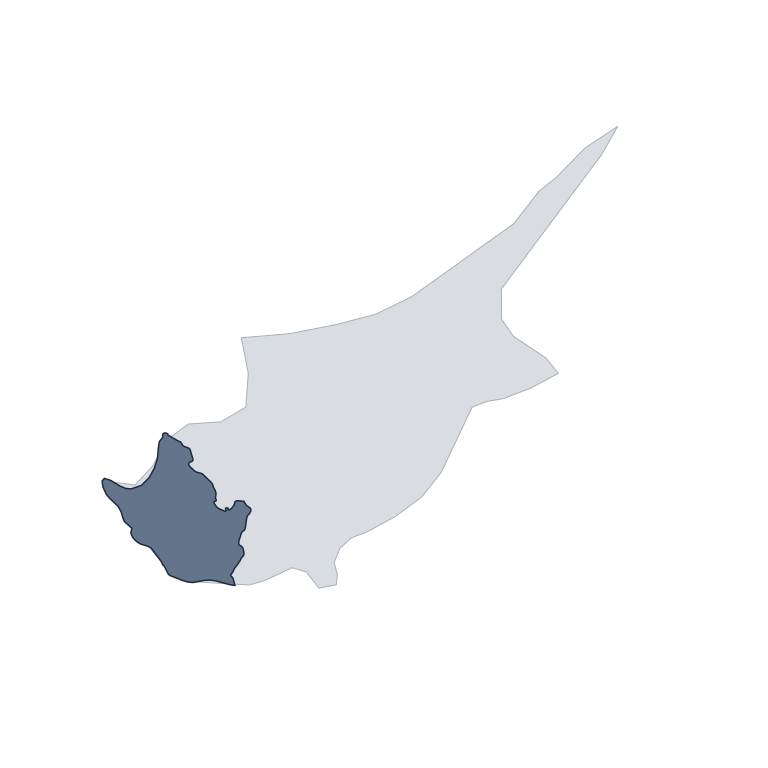 location of Paphos within Cyprus, rotated 343°
{"feature_id": "CYP-3465", "entity_name": "Paphos", "entity_type": "District", "adm_level": 1, "iso_a3": "CYP", "parent_name": "Cyprus", "parent_adm1": "", "projection": "albers", "projection_center": [32.601, 34.919], "detail": "fine", "context": "in_parent", "style": "filled", "palette": "slate", "viewbox_px": 768, "rotation_deg": 343, "n_neighbors": 0, "source": "natural_earth", "source_scale": "10m", "svg_char_len": 2655}
<svg xmlns="http://www.w3.org/2000/svg" viewBox="0 0 768 768"><g transform="rotate(343 384 384)"><path d="M546.5,406.5L553.8,424.8L523.9,430.7L493.9,432.9L477.1,430.7L461.4,432.0L413.1,485.0L387.0,503.1L355.8,514.1L323.9,520.6L307.9,521.5L293.9,528.2L284.0,540.5L283.8,552.3L279.6,562.1L262.1,560.2L254.7,541.0L242.3,532.8L211.3,537.2L196.1,536.7L146.6,518.4L131.6,510.9L122.3,495.2L97.0,438.8L92.8,397.1L116.5,407.8L138.6,394.9L160.0,373.7L185.3,365.1L201.2,368.8L216.9,372.5L245.1,365.7L257.3,334.3L261.1,298.1L308.9,308.3L357.3,313.3L397.0,314.8L436.0,308.6L555.0,268.6L588.5,245.0L609.2,236.8L645.2,217.1L682.9,205.9L659.0,228.4L524.0,327.5L515.4,356.5L521.8,376.4L541.4,400.3L546.5,406.5Z" fill="#d9dde1" stroke="#a8b0b8" stroke-width="1"/><path d="M182.6,533.0L178.5,531.2L164.9,522.7L160.1,520.6L154.6,519.2L143.3,518.0L138.7,516.1L134.3,513.3L123.7,504.9L122.2,503.1L120.6,493.8L119.5,492.3L119.3,489.3L113.2,472.4L110.3,469.8L104.7,466.1L102.3,463.5L100.1,460.3L98.6,456.4L98.4,452.3L100.7,448.2L95.6,439.8L95.2,436.4L95.2,429.4L94.0,423.3L88.3,413.3L86.2,408.4L85.1,400.3L86.0,394.4L89.0,392.5L94.4,396.2L102.2,404.9L106.6,408.4L111.6,410.4L122.5,410.0L132.0,404.9L139.9,397.2L145.7,388.7L149.7,378.7L152.5,373.3L156.7,370.3L157.2,368.8L157.9,367.2L159.4,366.6L160.7,366.9L162.7,368.3L162.4,369.5L169.6,377.4L170.9,378.5L172.5,380.0L173.0,381.2L173.4,383.4L174.3,385.0L176.4,386.7L177.8,387.6L178.8,388.6L179.4,389.8L179.3,400.1L178.9,401.2L178.1,401.8L177.0,402.0L175.8,402.0L174.7,402.3L174.1,402.9L173.7,403.9L174.0,405.5L174.9,407.4L177.0,411.2L178.6,413.2L182.6,415.7L184.1,417.0L189.5,426.6L190.3,428.4L190.8,429.8L190.7,432.7L190.9,433.8L191.4,436.1L191.5,437.4L191.4,438.8L191.2,440.1L190.7,441.2L189.8,443.0L189.6,443.8L189.6,445.7L189.4,446.5L188.8,446.8L187.2,446.7L186.8,447.2L186.7,447.6L186.8,448.7L187.7,451.9L188.3,453.0L189.1,454.2L190.5,455.7L193.4,458.1L194.1,458.8L194.9,459.3L195.5,459.4L196.0,458.4L195.9,457.4L196.1,456.6L196.8,456.3L198.4,456.9L198.5,457.6L198.4,458.3L198.3,458.9L199.4,459.1L201.2,458.7L204.1,456.9L205.5,455.5L206.4,454.2L206.9,453.2L208.2,452.7L209.3,452.6L215.7,455.2L216.8,459.5L219.9,463.7L220.0,465.1L219.5,466.4L218.2,468.0L217.1,468.9L215.9,469.4L214.4,470.7L213.0,473.1L209.2,481.3L207.9,482.9L207.0,483.3L205.8,483.6L204.9,484.1L203.6,485.5L199.3,491.8L198.4,494.0L198.3,495.4L198.9,496.1L199.7,496.7L200.5,498.0L201.1,499.8L200.9,503.8L200.3,505.7L199.5,507.0L196.8,508.7L194.6,511.0L192.8,512.4L191.6,513.5L187.1,516.6L185.1,519.0L183.6,520.3L181.8,521.5L181.4,522.2L181.6,523.1L182.2,523.9L182.6,525.0L182.8,526.2L182.6,533.0Z" fill="#64748b" stroke="#1e293b" stroke-width="1.5"/></g></svg>